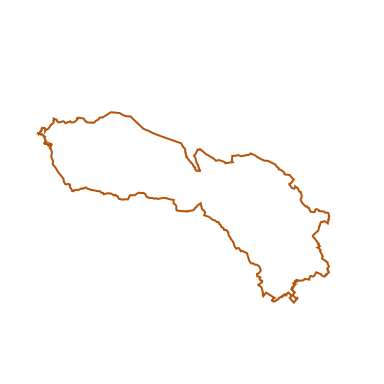 Remetea, Bihor, Romania (Robinson projection), rotated 219°
{"feature_id": "2599482B38217862472768", "entity_name": "Remetea", "entity_type": "district", "adm_level": 2, "iso_a3": "ROU", "parent_name": "Romania", "parent_adm1": "Bihor", "projection": "robinson", "projection_center": [22.374, 46.741], "detail": "fine", "context": "isolated", "style": "outline", "palette": "amber", "viewbox_px": 384, "rotation_deg": 219, "n_neighbors": 0, "source": "geoboundaries", "source_scale": "gbopen_adm2", "svg_char_len": 5993}
<svg xmlns="http://www.w3.org/2000/svg" viewBox="0 0 384 384"><g transform="rotate(219 192 192)"><path d="M183.4,245.4L180.3,241.0L179.2,240.8L184.2,235.3L185.5,235.8L189.8,234.4L191.5,233.4L193.0,231.4L197.3,231.6L199.6,231.0L203.2,230.7L205.0,230.1L207.8,230.4L212.9,230.3L213.0,229.3L213.8,228.5L214.3,228.4L213.1,223.8L213.3,221.6L210.6,220.5L207.2,217.8L204.3,216.8L203.3,215.8L201.7,215.1L201.4,214.5L199.5,214.0L199.1,213.3L202.0,211.3L202.8,211.7L204.0,211.7L205.1,213.1L206.3,212.8L207.6,213.2L207.8,213.7L212.5,214.4L217.4,215.7L218.4,215.5L218.8,216.0L218.5,216.2L218.6,216.4L219.9,216.9L221.5,218.1L221.4,218.5L222.6,219.0L224.2,221.0L227.6,221.6L231.1,223.0L253.0,215.2L260.7,212.8L264.6,212.2L265.7,211.6L269.6,210.6L284.5,211.7L287.2,212.2L290.5,209.6L294.2,208.3L297.9,207.8L305.2,203.0L308.3,193.8L310.4,191.9L310.6,191.3L310.4,190.1L310.6,188.3L311.3,187.6L311.8,184.1L317.0,180.3L318.2,179.9L318.8,180.2L320.5,180.1L321.4,180.8L322.8,180.7L327.3,178.1L327.0,177.3L327.6,177.0L327.7,176.6L326.9,176.1L326.9,175.4L327.4,172.4L328.4,171.1L329.7,170.1L331.1,170.3L333.6,165.9L333.9,165.8L335.7,166.2L336.6,166.0L338.8,162.7L339.6,162.2L341.8,162.1L342.7,163.0L345.7,162.0L344.8,161.2L344.5,160.7L344.7,160.3L343.7,159.8L343.2,158.1L343.9,155.4L343.4,151.3L344.5,148.4L344.4,146.7L345.1,147.7L345.2,148.4L346.1,148.9L346.7,148.7L347.1,148.9L347.5,148.3L348.9,147.7L348.9,146.8L348.1,146.1L347.6,145.4L348.1,144.6L347.5,144.1L347.5,143.2L347.8,143.1L348.0,141.5L348.6,141.1L348.6,140.7L348.2,141.0L347.5,140.5L347.5,141.3L345.1,141.6L345.0,141.8L345.3,142.2L345.0,142.6L341.2,142.4L341.6,141.6L340.9,141.5L339.2,140.2L338.7,140.4L338.0,139.3L336.9,139.4L337.7,138.0L337.7,137.1L337.6,136.9L336.7,136.7L336.0,137.2L337.0,138.2L336.7,138.3L335.3,138.3L332.7,137.5L332.4,138.9L332.6,139.7L333.4,140.1L331.9,140.7L330.9,140.5L330.5,139.1L330.3,136.9L330.1,136.5L329.3,136.9L325.9,134.8L323.5,130.7L319.5,128.7L317.7,125.8L313.7,125.1L307.9,123.1L300.2,121.4L298.2,119.5L295.6,118.4L294.2,118.9L293.9,119.9L291.8,121.0L290.7,120.2L290.8,119.8L290.3,119.1L287.4,118.4L285.9,117.3L284.6,118.0L284.9,118.4L283.9,120.3L281.7,122.0L279.9,125.6L279.1,125.6L278.8,126.5L278.2,126.8L277.9,127.9L277.1,128.9L275.6,128.7L273.8,129.7L272.3,129.8L269.5,131.5L266.3,133.0L264.1,134.6L261.9,134.4L260.6,135.3L259.1,134.7L257.9,136.6L256.0,138.6L253.5,140.0L250.3,140.3L249.9,140.7L249.8,141.6L247.8,141.5L246.9,141.9L246.2,141.6L245.5,140.9L244.6,140.7L241.0,142.4L240.2,143.5L237.1,146.0L237.7,148.6L238.1,149.3L237.9,150.8L234.7,153.2L233.2,157.6L232.5,158.3L231.0,159.0L229.5,160.5L228.4,160.9L226.8,160.9L224.0,159.7L221.6,160.5L219.1,162.3L217.1,163.1L215.5,164.8L214.3,165.0L210.8,169.1L207.7,171.3L206.0,171.7L201.2,174.3L199.8,172.1L199.1,171.6L196.9,171.7L195.7,171.4L195.1,171.0L193.7,169.1L193.1,168.8L192.7,168.2L192.1,168.2L188.4,170.2L185.5,172.5L183.8,173.5L183.9,173.9L182.4,175.1L181.6,176.4L179.8,178.1L179.3,179.5L179.6,181.4L179.2,182.0L179.2,184.9L178.1,188.7L176.3,187.1L175.5,186.8L174.5,185.7L173.0,184.9L171.0,185.0L168.9,184.5L167.8,181.6L163.2,183.4L158.6,183.4L156.1,184.4L154.0,184.3L152.3,185.3L151.2,184.5L149.2,184.4L147.3,183.4L146.0,183.3L145.7,183.7L144.8,183.7L143.2,182.7L142.7,183.0L142.7,183.3L140.8,184.0L138.2,183.5L137.9,182.7L135.7,181.1L133.6,180.8L132.8,180.1L129.3,179.3L127.2,178.3L125.4,176.9L122.1,175.7L121.8,175.9L121.8,176.4L120.5,177.8L118.9,177.6L117.8,176.9L116.8,176.7L116.2,177.6L114.7,178.2L113.8,178.2L110.6,179.2L110.0,178.5L104.2,174.6L102.4,174.0L100.6,173.9L100.1,174.7L99.5,175.1L97.4,175.1L96.2,176.1L94.0,176.5L92.4,176.4L91.1,175.4L89.4,174.6L88.9,173.7L89.0,171.4L89.3,169.8L89.9,169.1L88.1,167.5L86.1,168.6L85.2,168.7L85.3,168.2L84.6,166.6L83.6,166.5L81.8,167.2L80.9,166.4L80.8,165.6L81.3,165.2L81.6,162.3L82.1,161.8L82.1,161.5L78.4,161.7L76.5,160.7L75.5,159.7L73.4,158.5L73.1,157.6L72.5,156.8L71.0,155.9L71.1,160.4L61.2,161.7L61.8,160.2L61.9,159.1L61.6,158.0L60.2,158.0L60.0,158.6L58.7,159.2L58.4,161.5L58.0,161.8L57.4,163.0L57.8,163.8L57.0,166.5L56.9,166.0L56.5,166.1L55.9,167.4L56.6,167.6L56.6,167.9L56.3,168.7L55.5,169.2L55.9,169.7L55.5,170.9L53.6,171.0L53.7,171.4L54.1,171.5L54.4,172.3L53.7,174.6L49.2,173.9L49.3,171.1L43.3,170.1L43.1,175.7L43.8,175.9L43.9,174.6L49.1,175.4L48.9,178.6L53.5,178.8L53.7,179.3L52.8,179.7L52.8,180.2L54.1,180.5L54.2,181.0L53.7,181.2L54.1,181.8L53.4,182.3L53.9,183.2L53.5,183.4L53.4,183.8L54.0,184.5L54.3,184.3L55.0,184.5L54.3,184.8L55.0,185.4L54.5,185.7L55.4,185.7L55.6,186.5L55.1,186.7L55.1,187.6L54.7,187.5L54.3,188.1L54.9,188.1L55.0,188.7L55.5,188.6L55.3,189.0L55.5,189.4L52.4,190.9L49.7,193.7L49.8,195.3L45.7,197.8L46.7,199.2L47.1,201.2L46.8,201.6L44.7,202.4L44.3,203.4L44.9,207.8L39.9,209.3L39.0,208.8L36.9,209.2L35.6,209.9L35.7,210.4L35.4,211.9L36.0,211.9L36.1,212.4L35.4,213.7L35.1,215.9L37.4,216.4L37.5,217.3L38.7,217.6L38.7,219.7L39.1,220.6L41.2,221.4L42.4,222.7L43.7,222.3L43.9,222.6L49.1,222.1L49.8,223.5L49.8,224.4L55.4,226.6L55.3,227.7L57.7,228.1L59.5,227.8L58.6,230.3L61.0,230.8L60.8,231.5L62.1,231.6L67.3,233.1L69.4,233.3L70.6,233.9L70.6,235.9L69.6,241.1L69.9,242.4L71.4,245.0L71.5,246.1L72.6,248.6L72.8,250.1L71.5,251.1L70.8,252.6L70.3,252.9L66.7,253.0L68.1,255.6L68.8,256.2L68.3,256.8L70.3,259.1L70.5,259.4L70.3,259.6L72.7,261.4L73.4,261.4L75.5,259.8L77.2,259.9L81.3,257.1L82.2,257.7L84.2,257.2L84.9,256.4L84.9,255.6L84.4,255.0L84.3,253.2L87.1,251.4L89.2,252.0L90.8,253.2L92.5,252.6L93.5,253.3L94.6,252.3L98.8,252.7L101.4,253.6L102.6,254.3L103.1,254.8L103.3,256.5L104.5,258.4L107.7,260.5L108.6,259.8L112.2,261.4L115.4,261.3L114.7,260.4L114.7,258.8L116.9,258.0L121.4,259.3L120.6,261.5L120.8,265.9L123.2,265.9L126.8,266.7L131.1,264.0L132.3,264.9L133.2,265.2L136.9,265.1L138.3,264.7L138.7,264.2L139.5,264.6L139.7,265.1L142.4,265.1L144.1,265.8L152.7,264.0L155.3,262.0L156.9,261.7L157.8,261.2L163.7,260.2L165.7,260.2L170.4,258.9L170.2,258.6L170.7,258.2L171.4,256.2L172.0,256.0L176.2,250.8L179.3,249.7L181.5,247.0L183.4,245.4Z" fill="none" stroke="#b45309" stroke-width="2"/></g></svg>